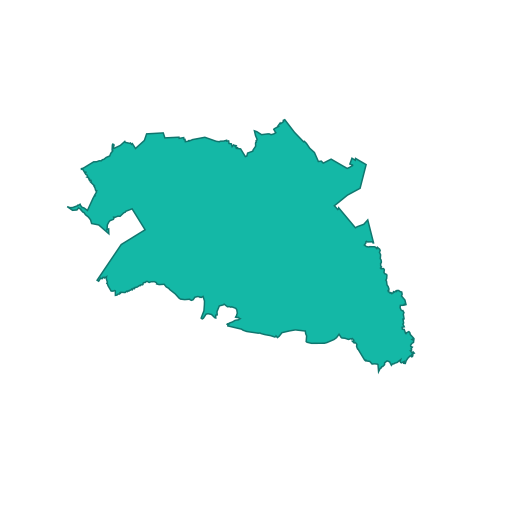 Ojuelos de Jalisco, Jalisco, Mexico (Albers equal-area conic projection), rotated 324°
{"feature_id": "50627088B23067866653168", "entity_name": "Ojuelos de Jalisco", "entity_type": "district", "adm_level": 2, "iso_a3": "MEX", "parent_name": "Mexico", "parent_adm1": "Jalisco", "projection": "albers", "projection_center": [-101.727, 21.786], "detail": "fine", "context": "isolated", "style": "filled", "palette": "teal", "viewbox_px": 512, "rotation_deg": 324, "n_neighbors": 0, "source": "geoboundaries", "source_scale": "gbopen_adm2", "svg_char_len": 6126}
<svg xmlns="http://www.w3.org/2000/svg" viewBox="0 0 512 512"><g transform="rotate(324 256 256)"><path d="M142.1,133.1L147.0,138.4L150.0,151.5L152.7,147.5L150.7,147.0L150.8,146.8L151.5,146.5L154.1,143.4L157.2,141.9L158.7,141.6L162.1,142.5L163.1,142.1L163.6,140.9L164.7,141.8L167.7,142.6L169.4,144.0L174.5,143.3L175.8,143.7L177.0,143.3L183.5,145.0L181.7,169.6L153.7,167.5L113.2,182.2L113.9,183.9L117.3,182.6L118.1,183.9L119.8,183.3L120.5,184.7L121.4,184.4L121.7,185.1L122.8,185.0L121.6,186.2L120.4,189.8L119.2,190.5L119.5,191.0L118.8,193.1L118.2,199.2L119.7,200.4L121.4,200.9L121.7,201.5L119.1,205.2L120.6,205.9L122.0,205.7L123.1,206.5L124.5,206.4L124.4,205.8L125.2,205.8L128.6,208.6L130.9,208.5L131.2,208.8L131.1,209.2L132.1,209.2L132.6,209.7L133.2,209.3L134.7,210.0L136.0,209.7L136.1,210.6L137.8,210.0L138.5,211.0L139.5,210.3L141.6,211.3L144.5,211.4L144.8,211.9L145.8,211.6L147.3,212.6L147.8,212.6L148.5,211.7L149.7,211.6L150.8,212.3L152.2,212.1L153.2,212.8L154.0,214.6L155.9,215.1L158.7,217.0L159.7,218.8L159.6,219.9L159.2,220.2L160.8,222.2L165.1,224.9L165.2,228.2L166.5,231.1L166.4,232.1L168.4,239.2L169.0,244.9L169.6,246.5L172.7,249.4L177.0,252.0L177.0,252.8L177.8,254.0L179.5,254.4L182.3,253.4L185.0,254.5L186.3,255.8L186.4,256.6L187.2,256.8L187.5,257.4L189.4,257.6L187.9,262.1L185.6,265.1L181.7,269.7L175.1,274.0L175.5,275.3L176.9,275.4L181.4,273.7L183.3,274.5L185.6,277.1L186.4,281.7L187.0,282.5L188.6,280.2L190.0,280.8L191.7,278.1L197.0,274.8L200.8,276.3L201.9,276.2L203.1,280.3L204.7,281.3L205.7,282.7L206.5,282.8L208.9,286.5L208.8,288.3L207.2,291.4L206.2,291.9L204.9,293.3L204.4,293.0L203.5,293.5L204.8,294.9L205.8,295.4L205.7,296.5L206.3,297.4L204.3,297.3L201.3,295.8L198.2,295.5L195.0,294.6L194.0,295.2L193.7,294.4L192.9,294.1L192.5,294.3L193.0,295.0L192.1,296.0L201.3,306.7L201.9,308.4L204.1,311.6L212.4,319.7L214.1,320.8L214.4,321.6L216.9,324.7L220.9,328.9L223.6,332.6L224.7,332.8L225.2,332.5L225.4,334.6L227.7,334.5L232.0,333.3L239.1,336.3L244.4,338.9L251.8,345.7L250.5,348.1L250.0,350.4L246.3,354.7L246.6,355.8L249.6,359.3L260.1,366.8L262.4,367.7L269.9,369.4L273.1,369.4L277.2,368.1L277.0,371.9L277.3,372.8L279.6,374.8L281.8,377.9L284.1,378.6L284.5,379.4L285.3,379.3L285.7,381.3L285.3,382.3L283.9,381.6L284.3,384.1L285.5,384.4L285.7,386.7L284.2,388.3L283.5,391.0L283.8,391.3L282.7,404.0L283.2,404.3L283.0,405.1L283.6,405.3L283.4,405.5L286.1,408.2L286.4,411.6L288.7,413.0L290.7,414.9L290.9,415.5L287.2,421.6L290.5,419.9L291.2,420.2L292.6,419.5L293.5,419.9L296.1,419.5L297.3,418.0L300.4,417.9L301.9,420.2L301.3,424.0L303.0,423.5L304.1,424.3L305.0,424.2L307.7,425.1L312.1,424.9L310.7,426.0L310.4,427.1L311.0,428.0L313.8,428.5L312.5,429.7L313.6,430.7L315.9,429.0L318.9,427.9L322.0,427.4L322.6,427.8L322.5,428.9L323.5,429.3L324.5,428.5L323.9,428.0L324.2,427.1L326.9,427.6L326.7,425.9L326.0,426.0L325.3,425.4L325.2,423.4L326.3,423.7L326.8,423.3L327.0,422.2L328.9,421.6L328.0,420.1L328.7,419.0L331.1,418.3L332.6,418.5L334.8,416.2L333.4,415.9L333.1,415.2L334.5,415.4L335.2,414.9L334.7,410.2L335.4,408.3L335.2,407.0L332.7,406.6L331.8,407.0L331.5,406.7L332.7,402.5L331.4,401.3L332.3,399.5L334.3,400.4L334.8,397.4L336.1,397.0L337.7,393.4L338.3,393.6L338.4,394.0L338.9,393.8L341.0,389.6L342.4,388.8L342.7,386.5L342.2,386.4L341.6,384.9L342.2,382.5L342.7,381.9L343.8,380.8L346.3,382.5L347.5,382.2L347.4,383.0L348.8,383.5L350.6,379.1L350.2,373.9L351.8,372.8L352.7,370.8L351.5,369.2L351.2,367.8L349.9,366.8L348.9,367.2L348.8,366.5L346.8,366.6L346.3,365.7L345.4,366.4L343.9,366.3L344.1,365.7L343.3,364.9L343.3,365.3L342.8,365.0L342.4,365.4L343.0,364.2L342.1,362.6L342.6,361.5L343.3,361.8L344.2,360.8L344.9,358.5L345.0,356.3L346.8,353.1L346.8,351.9L348.4,351.1L350.6,348.5L350.8,347.7L349.8,346.0L349.8,344.6L351.7,342.6L351.8,341.2L349.7,339.8L349.6,338.9L351.1,338.6L351.1,337.2L352.5,335.2L353.4,335.1L354.2,334.1L354.9,332.5L354.9,331.3L357.5,328.3L358.0,325.6L359.7,324.5L360.0,323.1L359.3,320.3L358.1,321.0L357.8,319.0L357.1,318.0L353.3,315.2L352.6,315.1L350.8,313.2L350.1,310.8L352.3,310.2L353.4,309.1L354.0,309.1L354.4,310.1L358.6,313.0L358.4,314.3L358.8,314.5L367.6,292.5L361.8,293.7L355.1,291.8L353.0,291.6L351.2,265.7L350.4,266.4L349.5,266.5L348.9,261.4L365.8,260.5L380.0,262.4L398.8,246.8L393.9,235.6L392.6,236.9L391.1,233.3L386.0,236.8L387.6,239.1L387.3,239.6L383.0,239.2L381.2,238.7L373.7,221.8L365.0,220.4L364.6,217.6L362.0,216.2L364.1,206.6L362.8,200.4L363.0,194.5L362.5,191.6L361.6,191.6L359.8,178.5L359.4,162.6L357.8,162.3L357.4,163.4L354.0,163.5L353.6,163.4L353.7,162.6L350.2,163.7L350.4,164.4L345.4,163.8L344.8,164.0L344.5,167.9L342.1,167.7L339.5,166.7L338.5,165.0L337.4,164.2L331.8,161.1L329.8,156.0L328.3,153.8L326.4,158.3L325.5,162.2L324.8,162.8L324.0,162.7L323.2,164.1L322.7,163.9L322.0,164.4L320.2,167.0L316.0,168.5L315.0,169.3L309.7,167.8L307.4,169.7L305.8,169.3L306.5,160.3L303.6,157.6L304.6,157.4L304.1,156.3L303.7,156.3L303.5,155.3L304.7,155.0L303.3,153.5L303.2,153.0L301.0,153.5L302.0,150.8L300.3,149.1L301.5,146.8L299.8,145.8L300.2,145.1L297.3,144.0L294.5,142.1L293.6,142.1L291.3,139.9L284.4,129.9L273.0,124.5L270.9,124.1L269.5,123.2L269.3,123.6L266.0,122.0L267.1,119.9L266.3,119.4L267.1,117.7L263.0,115.7L263.5,114.6L251.7,106.9L253.3,101.9L239.3,92.9L233.6,96.9L221.7,98.2L222.0,92.4L220.9,92.5L220.9,90.8L220.1,90.7L217.0,87.2L217.2,86.2L211.2,86.8L204.1,85.4L204.6,84.2L206.1,83.1L206.5,82.3L205.9,81.3L205.1,81.7L201.8,85.8L201.9,86.8L199.0,87.5L196.5,89.1L192.7,88.2L189.8,88.4L188.3,87.8L186.7,88.0L185.1,86.8L182.5,86.1L180.0,84.4L167.8,83.4L166.1,82.7L165.8,83.2L166.8,83.4L166.5,87.6L168.3,88.3L166.4,88.3L166.3,90.1L166.9,91.2L166.4,93.0L165.7,92.9L166.4,94.2L166.5,95.7L166.0,95.6L165.7,97.1L166.9,97.7L166.3,99.2L165.7,99.0L166.5,104.3L166.0,104.3L165.7,106.5L164.9,108.4L165.4,109.5L164.8,109.5L164.6,110.5L160.9,112.1L161.1,112.7L159.8,112.7L158.1,113.5L146.4,120.1L145.1,116.0L143.9,114.4L143.8,112.0L144.1,110.7L142.1,110.6L141.8,110.2L141.4,110.5L136.1,109.0L133.9,107.5L132.3,105.1L134.4,111.2L138.2,113.5L140.6,112.8L141.8,115.3L141.4,115.9L141.8,118.9L142.4,119.8L142.3,122.4L143.3,126.0L143.4,129.5L142.1,133.1Z" fill="#14b8a6" stroke="#0f766e" stroke-width="1.5"/></g></svg>